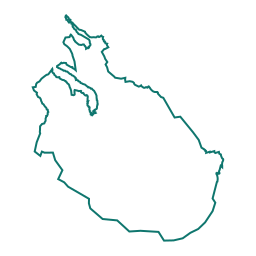 Sunndal nor, Møre og Romsdal, Norway (orthographic projection)
{"feature_id": "86288312B1434706694830", "entity_name": "Sunndal nor", "entity_type": "district", "adm_level": 2, "iso_a3": "NOR", "parent_name": "Norway", "parent_adm1": "Møre og Romsdal", "projection": "orthographic", "projection_center": [8.529, 62.636], "detail": "fine", "context": "isolated", "style": "outline", "palette": "teal", "viewbox_px": 256, "rotation_deg": 0, "n_neighbors": 0, "source": "geoboundaries", "source_scale": "gbopen_adm2", "svg_char_len": 5336}
<svg xmlns="http://www.w3.org/2000/svg" viewBox="0 0 256 256"><path d="M108.3,47.3L107.1,45.5L106.8,44.2L107.1,43.7L105.4,43.3L105.1,42.5L105.2,42.1L104.8,41.5L104.3,41.7L104.0,41.5L103.7,40.8L103.7,39.8L102.9,39.3L102.8,37.8L103.1,36.9L102.1,36.5L101.3,35.6L99.5,36.9L98.9,37.0L98.1,36.3L97.2,36.5L96.7,37.1L96.0,37.4L93.5,37.2L91.6,37.4L89.7,37.0L86.7,34.3L85.1,32.4L85.0,31.7L81.0,30.0L79.3,29.7L78.1,28.8L77.6,28.0L76.8,27.5L76.5,26.9L73.3,23.8L72.4,22.6L70.8,22.1L70.9,22.3L70.8,22.6L71.8,23.5L71.7,23.8L72.1,23.9L72.7,24.6L72.7,25.6L72.5,25.9L72.9,26.7L72.8,26.9L73.0,27.2L73.5,27.5L74.0,28.7L75.0,29.5L75.8,29.7L76.0,30.5L76.3,30.8L76.6,31.8L77.6,32.7L78.5,34.0L81.1,34.9L89.0,39.6L89.4,40.3L89.7,41.2L89.8,43.0L90.3,43.7L90.4,44.7L90.3,45.1L89.6,46.2L89.2,46.3L89.0,46.5L89.4,46.4L89.1,46.8L88.8,46.4L89.1,47.1L89.0,47.6L88.2,48.2L87.7,48.0L86.1,48.8L86.1,47.7L85.8,47.1L85.2,46.5L85.1,46.0L84.5,45.6L83.9,44.5L83.0,44.4L81.3,45.0L78.8,44.6L75.5,41.9L75.4,41.6L75.0,41.4L74.9,40.9L74.1,40.1L73.2,37.6L71.0,34.7L70.7,34.6L69.5,37.1L65.5,37.5L63.4,42.2L64.3,44.2L67.3,46.4L69.8,48.9L72.1,53.6L72.5,55.0L72.5,55.6L74.5,61.4L75.7,70.2L74.2,68.9L72.4,68.0L72.3,67.1L70.8,67.0L66.6,64.6L66.0,63.0L63.6,62.8L62.0,63.3L61.3,62.7L60.8,63.1L59.6,64.4L57.1,66.0L57.0,67.0L57.6,67.2L57.7,67.4L58.5,68.1L59.6,68.3L61.1,69.3L62.7,69.9L63.5,70.7L64.9,70.6L65.8,71.4L67.3,71.6L69.8,73.9L70.8,74.1L71.4,74.6L71.7,75.2L73.3,75.8L75.2,77.4L75.8,78.1L75.5,78.7L76.4,79.3L76.2,80.0L76.8,79.9L76.9,80.0L78.1,80.5L78.4,81.3L79.6,81.6L80.2,82.0L80.5,82.9L82.2,83.5L82.7,83.9L85.0,84.6L87.4,86.6L88.7,87.1L88.9,87.4L88.8,87.5L90.0,87.8L90.7,88.2L90.9,88.7L91.9,88.7L92.7,89.7L94.1,90.8L95.7,93.7L96.5,95.6L96.6,98.3L96.9,99.1L96.7,99.9L97.3,100.6L97.5,103.2L97.7,103.8L97.4,104.4L97.6,104.7L97.1,105.9L96.9,107.1L97.0,107.9L96.6,108.9L95.1,109.6L95.0,109.9L94.6,109.9L93.6,110.8L94.7,111.6L94.8,111.9L94.3,111.9L95.0,112.4L94.2,112.8L95.4,112.5L95.8,112.9L96.4,113.0L95.9,113.0L95.2,112.7L94.6,113.0L93.7,113.0L93.4,113.2L93.9,113.1L93.7,113.3L94.0,113.4L93.6,113.5L92.5,113.3L93.3,114.0L93.9,114.1L93.3,114.1L92.6,113.8L92.9,114.5L92.7,114.2L92.6,114.4L92.7,114.1L92.5,113.7L92.4,113.6L92.3,113.9L92.5,114.4L92.1,113.7L92.0,113.4L91.7,113.3L91.5,112.9L91.2,112.4L91.7,113.4L92.0,113.4L92.1,113.9L92.7,114.8L91.8,113.6L91.7,113.6L91.8,114.1L92.4,115.0L92.2,115.2L91.5,114.3L91.2,114.6L91.0,114.1L90.7,114.1L90.7,112.6L89.8,111.7L89.8,110.4L89.4,109.9L89.3,109.5L89.6,108.0L89.6,107.6L89.3,107.5L89.3,107.1L88.6,106.9L88.5,106.6L88.6,106.3L87.7,105.7L87.4,105.1L87.4,104.6L87.8,103.3L87.4,103.1L87.5,102.9L88.0,101.7L87.5,101.9L87.3,101.5L87.7,99.9L87.5,99.2L87.8,96.7L87.4,95.6L86.7,95.1L86.0,95.6L85.1,95.3L83.7,93.9L83.5,93.1L83.8,92.5L83.1,93.1L81.7,92.8L80.9,92.0L80.9,91.5L81.1,91.0L81.0,90.9L78.5,91.1L77.7,90.7L74.7,90.0L74.5,90.3L74.5,92.2L74.6,93.3L74.6,93.7L74.7,94.1L74.4,94.8L73.5,95.2L71.6,94.8L71.1,90.6L70.4,88.5L69.7,87.1L69.2,85.2L68.5,84.1L67.4,83.4L66.8,82.3L65.9,81.7L65.6,81.0L64.9,80.9L63.9,80.1L62.4,79.9L59.8,78.5L59.3,77.8L59.5,77.3L59.4,77.1L57.5,77.3L56.4,77.1L55.5,75.7L54.3,74.8L54.0,73.5L53.3,73.3L52.4,72.2L52.0,70.1L52.3,69.8L52.2,69.5L52.4,69.5L52.3,69.0L48.5,74.1L47.6,74.7L46.9,74.7L46.3,75.0L44.4,76.4L41.5,78.7L39.5,81.4L37.1,82.7L36.2,84.0L35.7,86.9L32.8,87.3L33.9,90.3L34.6,91.0L37.0,92.7L36.6,94.2L38.1,97.0L39.8,97.7L40.7,99.1L41.3,101.3L42.0,102.5L42.2,103.5L43.5,104.3L45.0,106.6L45.8,107.3L46.4,108.1L46.7,109.4L47.7,109.7L47.8,110.2L47.8,110.8L48.3,112.0L47.8,112.4L47.6,113.3L47.8,114.0L47.2,115.6L47.0,116.0L46.2,116.0L46.1,117.3L45.6,118.4L45.6,120.8L44.8,122.1L44.3,123.4L42.0,124.0L40.1,126.3L40.0,130.0L39.8,132.1L40.2,133.3L36.7,142.3L34.7,151.5L40.3,155.9L41.9,151.6L44.6,152.7L52.9,152.6L55.2,160.2L62.4,170.2L58.2,179.1L64.2,182.3L68.1,186.7L89.0,198.8L88.9,203.3L90.3,208.4L102.6,219.0L117.2,220.4L129.3,231.5L140.5,230.8L158.5,231.9L164.0,240.6L173.6,240.4L182.7,238.3L190.4,232.8L198.2,229.0L205.1,222.4L212.6,211.1L215.3,202.7L212.6,198.5L216.9,181.9L217.4,181.6L217.7,179.0L217.6,177.6L217.2,175.5L216.4,173.9L216.4,173.2L217.0,172.8L218.4,173.8L219.3,173.6L219.5,173.2L219.3,172.5L219.0,172.0L219.1,171.0L219.6,170.0L220.7,165.8L222.2,167.2L222.2,165.7L222.0,164.4L222.3,162.2L223.1,160.6L223.2,159.3L222.9,158.8L222.4,158.6L221.9,157.9L220.9,155.3L220.9,154.5L219.3,153.7L218.9,151.9L215.3,153.0L214.4,152.2L214.3,151.1L209.9,152.4L209.8,151.7L206.3,152.8L206.4,152.4L206.2,151.9L205.5,151.4L205.8,150.7L205.1,150.3L205.0,149.9L203.8,149.3L203.8,149.0L201.5,147.7L198.7,139.9L192.9,132.1L180.3,116.7L174.6,117.5L163.3,97.8L161.0,97.0L157.9,93.6L158.0,93.4L157.9,92.6L157.3,92.0L154.8,92.0L153.3,91.5L152.1,90.6L150.8,89.3L149.8,87.7L148.7,86.4L148.1,86.7L147.6,87.6L147.3,87.7L146.1,87.1L144.7,87.8L143.6,87.7L141.5,86.2L141.1,85.4L139.8,86.3L138.7,86.6L135.0,84.8L134.1,83.7L133.9,82.8L132.6,81.8L129.7,81.2L125.5,81.9L125.1,79.7L125.3,77.8L121.1,78.7L115.1,77.7L114.2,76.6L108.2,71.5L107.1,67.3L105.6,64.5L107.3,62.0L105.2,58.9L104.3,56.4L101.8,51.9L104.2,49.1L105.3,48.9L108.3,47.3ZM66.2,15.4L65.8,15.6L65.7,16.2L65.5,16.5L65.4,17.3L65.9,18.0L66.2,19.1L66.6,19.6L66.5,19.8L67.4,20.1L68.0,21.2L69.0,22.6L69.6,22.5L70.5,21.8L70.8,22.1L70.6,21.7L70.7,21.2L69.9,20.4L70.3,19.7L68.7,18.9L68.5,18.4L68.6,18.0L68.1,17.2L67.3,16.7L66.2,15.4Z" fill="none" stroke="#0f766e" stroke-width="2"/></svg>